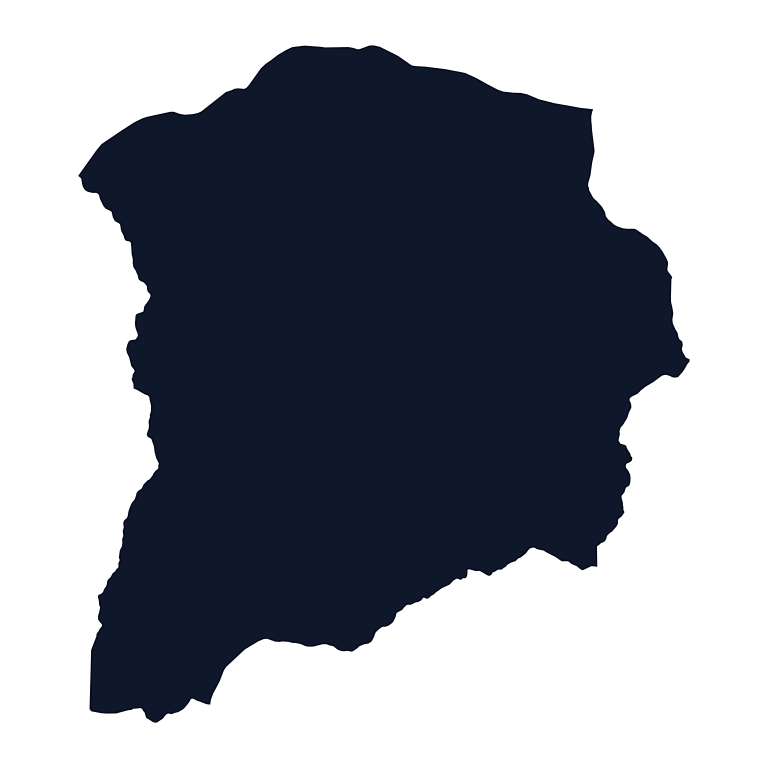 Passabe, Ambeno, East Timor (Natural Earth projection)
{"feature_id": "22284137B78589082369873", "entity_name": "Passabe", "entity_type": "district", "adm_level": 2, "iso_a3": "TLS", "parent_name": "East Timor", "parent_adm1": "Ambeno", "projection": "natural_earth1", "projection_center": [124.316, -9.462], "detail": "fine", "context": "isolated", "style": "filled", "palette": "ink", "viewbox_px": 768, "rotation_deg": 0, "n_neighbors": 0, "source": "geoboundaries", "source_scale": "gbopen_adm2", "svg_char_len": 6068}
<svg xmlns="http://www.w3.org/2000/svg" viewBox="0 0 768 768"><path d="M79.2,175.7L81.5,177.6L82.1,178.8L82.7,183.2L83.7,186.7L85.5,189.5L88.1,191.1L92.5,192.1L96.1,192.1L97.2,192.4L98.8,193.5L99.7,194.9L100.9,199.2L104.0,205.5L105.9,207.9L111.8,210.8L112.6,212.7L113.5,216.8L115.4,220.5L119.7,222.9L120.8,224.2L121.9,230.6L124.3,235.4L125.3,238.8L126.5,240.2L129.9,240.7L131.3,242.0L131.8,244.0L132.4,253.8L133.6,259.6L133.5,262.9L134.1,266.8L136.9,271.2L137.2,272.5L138.3,274.7L139.2,278.8L140.8,280.3L143.2,281.3L144.8,282.4L146.2,284.0L147.7,286.0L147.8,289.0L148.3,291.1L150.2,293.0L151.3,294.7L151.2,296.6L149.6,300.3L145.0,306.7L144.2,311.6L143.2,312.5L137.4,314.5L136.6,315.2L136.3,316.1L135.7,323.0L135.9,325.8L136.6,328.8L138.6,334.1L138.6,336.0L138.1,337.2L136.0,340.2L131.0,340.9L129.5,341.7L128.1,344.6L127.0,349.0L127.5,352.3L129.8,356.9L132.0,365.8L134.3,368.5L135.2,370.4L135.4,371.8L133.5,374.5L133.2,377.3L132.4,379.2L134.1,383.6L134.4,388.0L136.9,389.0L145.3,393.8L148.1,394.6L150.1,397.0L150.4,399.7L151.8,405.5L151.7,411.5L150.6,415.0L150.7,417.3L149.3,421.5L149.7,425.0L149.5,428.7L148.0,432.5L147.6,435.1L148.6,436.5L151.3,437.9L152.0,438.6L154.6,445.9L155.4,452.1L156.8,457.5L159.6,463.3L159.0,466.0L159.1,467.9L158.8,469.1L155.7,471.7L153.9,474.3L153.3,475.8L150.2,479.8L147.9,481.1L144.2,484.9L142.6,488.5L141.5,489.7L139.0,491.2L137.2,493.4L136.9,495.4L135.4,499.7L132.5,503.2L131.0,506.5L129.3,511.1L128.3,516.8L127.2,518.7L124.9,520.8L124.1,522.4L124.0,523.8L124.6,527.3L123.5,531.2L124.0,535.3L123.9,536.6L122.9,539.3L123.1,543.0L122.7,546.5L120.6,550.5L120.0,554.4L119.7,557.9L120.6,559.9L119.1,563.6L119.3,567.2L118.6,568.3L116.9,569.8L115.9,571.7L113.3,573.7L110.8,578.2L109.2,579.4L108.4,580.5L107.8,582.0L107.7,584.0L106.9,586.5L104.9,589.3L103.5,592.8L101.7,594.4L99.2,595.5L98.6,596.3L99.6,601.0L99.9,604.6L100.9,607.2L100.0,612.1L98.8,616.0L98.9,619.3L100.3,621.5L102.6,623.8L102.8,625.5L102.1,627.3L100.5,629.0L98.9,632.1L97.8,633.3L97.2,634.7L97.1,636.6L91.9,650.2L90.3,708.8L91.7,710.6L101.2,712.4L106.2,712.8L116.0,712.7L128.3,709.4L131.0,709.2L133.5,707.8L135.7,707.9L139.3,707.4L141.0,707.5L142.5,708.1L144.0,710.7L145.3,712.2L146.8,717.3L153.9,721.7L156.5,721.9L162.4,718.0L165.3,714.2L167.3,713.0L168.6,712.7L171.6,713.4L174.5,712.2L177.9,711.4L182.1,709.0L183.6,707.8L186.9,703.9L188.6,701.7L189.7,699.4L191.1,698.0L193.1,697.8L197.7,700.2L200.1,700.9L206.5,703.4L209.5,703.8L210.2,699.4L212.5,693.2L218.9,681.2L223.3,669.8L225.7,666.3L244.4,648.8L258.2,640.5L263.6,638.3L267.0,637.9L275.4,640.9L279.7,641.1L282.0,640.7L288.8,641.1L292.3,642.1L296.1,642.3L299.1,642.9L302.2,643.8L305.6,645.4L308.7,645.9L313.4,645.8L322.4,643.5L326.3,643.4L329.9,644.7L333.7,645.6L338.2,649.1L341.5,650.3L344.2,650.5L347.1,650.0L351.6,650.9L353.2,650.2L356.9,647.6L359.0,645.5L364.6,643.3L368.0,642.9L370.5,641.3L371.4,640.3L373.3,636.6L374.9,632.2L375.8,631.2L378.9,628.3L381.7,626.3L382.7,626.0L385.7,625.9L388.4,624.8L391.6,622.5L393.0,620.7L394.7,617.1L396.0,612.3L401.8,609.2L402.9,607.6L406.1,604.4L407.8,604.0L410.8,604.0L415.5,601.6L418.2,601.2L420.9,599.7L422.0,597.9L423.5,596.8L424.2,596.8L426.6,598.0L428.1,597.7L430.7,595.2L433.2,593.9L435.4,591.8L441.6,587.4L449.1,584.0L452.9,580.0L455.6,578.3L457.6,577.7L460.5,579.1L462.9,577.4L464.9,577.5L465.8,576.8L466.2,575.9L466.7,573.5L466.7,569.7L467.2,568.9L469.4,568.5L475.7,570.3L479.9,570.1L487.7,574.6L489.0,575.1L489.6,574.9L491.0,574.1L491.8,572.2L492.3,571.8L494.7,570.9L497.2,569.2L498.5,568.8L500.8,568.9L501.9,568.5L503.2,567.2L505.3,566.2L506.3,564.6L509.5,562.5L511.5,561.6L515.1,560.5L517.9,557.7L520.3,556.8L525.1,553.1L528.2,549.0L530.4,547.3L534.2,546.7L537.4,548.5L543.9,549.8L546.3,551.4L556.2,556.5L561.9,560.5L568.5,560.5L572.0,563.4L577.3,565.6L579.7,567.7L582.1,569.3L582.9,569.3L591.5,565.3L596.5,565.9L596.2,545.9L598.5,544.4L600.4,542.6L603.0,541.5L604.4,540.5L605.4,538.8L606.1,536.1L606.8,534.9L609.5,532.2L611.4,531.2L615.8,526.1L617.2,523.5L617.1,521.1L617.6,518.6L621.3,515.7L623.6,512.2L622.5,509.4L622.7,507.4L622.1,505.0L622.2,503.2L621.0,498.8L620.7,496.0L621.2,495.0L623.6,492.2L625.2,487.2L628.7,485.0L629.5,482.2L629.8,478.6L629.5,475.0L627.7,471.2L625.4,468.3L624.9,466.0L625.3,464.3L626.1,463.1L628.9,461.8L631.0,460.4L631.5,458.4L631.3,457.5L630.1,456.7L629.8,454.4L626.6,449.3L625.5,446.3L624.2,445.5L619.9,444.4L617.9,440.9L617.8,439.9L619.1,434.1L618.7,431.4L619.9,427.2L622.5,424.3L626.6,417.5L628.3,412.1L630.5,407.7L630.6,406.3L630.1,403.2L628.8,401.0L628.9,398.0L631.4,395.9L637.2,393.1L640.5,389.7L644.9,386.2L653.4,381.1L661.4,375.1L664.9,374.0L667.5,374.4L670.5,375.4L672.5,376.5L675.1,376.9L677.8,376.3L682.2,371.2L684.1,368.4L686.5,364.0L688.8,361.1L688.8,359.8L686.0,358.5L685.0,357.6L682.1,352.6L681.0,349.3L682.0,344.9L681.5,342.0L678.5,339.5L677.4,336.3L676.9,333.2L674.8,329.8L672.1,323.8L671.6,319.7L672.5,313.6L671.9,309.2L670.3,301.9L670.2,296.9L670.6,281.0L670.8,278.6L671.4,277.3L666.8,271.0L666.6,269.0L667.3,263.8L667.2,262.1L666.1,259.4L661.8,251.7L658.8,247.6L656.3,245.0L652.2,242.2L646.6,237.1L642.2,234.6L636.3,230.4L634.0,229.5L627.8,229.6L622.9,229.1L616.8,227.0L613.4,225.1L609.9,221.8L608.4,220.7L606.7,218.8L605.1,216.5L604.2,212.2L601.4,207.3L596.7,202.1L592.6,198.3L588.5,190.7L588.0,187.6L587.4,186.6L587.4,183.1L589.7,175.3L591.5,162.1L593.6,152.8L593.8,150.7L591.2,129.4L591.0,125.1L590.5,120.4L590.5,116.1L591.5,111.4L592.1,109.9L580.9,108.7L554.0,103.9L538.6,100.0L526.8,95.0L520.7,93.7L513.7,93.5L503.2,92.4L497.5,90.4L485.5,84.1L476.9,79.2L465.0,73.7L444.7,69.8L425.1,67.4L414.5,66.8L411.2,66.0L397.9,56.7L379.6,47.5L373.2,46.1L369.2,46.4L359.8,49.9L357.3,50.1L353.3,48.7L348.3,47.8L324.9,48.2L321.0,47.6L304.7,46.4L296.1,47.4L292.3,47.9L285.9,51.0L278.6,55.3L271.3,60.9L266.4,64.2L261.5,68.8L249.0,86.2L246.8,88.5L244.4,89.7L238.5,89.1L235.1,89.4L230.9,91.3L226.3,92.7L201.7,112.1L198.0,113.8L192.6,114.9L185.2,115.5L180.1,114.8L173.8,112.6L170.7,112.5L147.0,117.6L142.3,119.2L134.6,123.0L121.9,131.2L102.1,144.6L96.9,150.9L79.2,175.7Z" fill="#0f172a" stroke="#020617" stroke-width="1.5"/></svg>